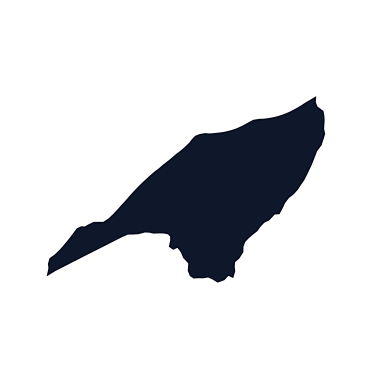 outline of Marataízes, Espírito Santo, Brazil, rotated 209°
{"feature_id": "56859067B39153439684359", "entity_name": "Marataízes", "entity_type": "district", "adm_level": 2, "iso_a3": "BRA", "parent_name": "Brazil", "parent_adm1": "Espírito Santo", "projection": "robinson", "projection_center": [-40.886, -21.093], "detail": "fine", "context": "isolated", "style": "filled", "palette": "ink", "viewbox_px": 384, "rotation_deg": 209, "n_neighbors": 0, "source": "geoboundaries", "source_scale": "gbopen_adm2", "svg_char_len": 1753}
<svg xmlns="http://www.w3.org/2000/svg" viewBox="0 0 384 384"><g transform="rotate(209 192 192)"><path d="M105.5,215.4L105.6,222.0L106.0,227.5L105.0,234.1L102.7,239.3L101.3,245.5L100.9,250.8L100.3,256.6L100.5,262.8L100.9,269.2L101.1,273.5L103.1,288.3L102.1,295.8L104.3,306.8L107.9,311.2L111.4,318.6L113.8,322.4L116.7,325.9L124.2,326.9L128.0,330.3L129.9,334.4L132.8,329.4L135.5,324.9L137.6,320.9L139.8,317.0L142.2,313.2L144.9,309.1L148.1,305.0L152.6,300.0L156.2,296.6L160.5,293.1L164.6,290.1L168.0,288.1L172.8,284.4L175.9,279.6L179.5,273.9L183.4,268.7L186.8,264.9L190.5,261.4L193.9,258.5L197.4,256.0L201.0,253.5L204.5,251.1L208.7,249.2L212.7,246.0L215.8,242.3L217.0,237.7L217.6,233.4L219.4,227.7L221.3,222.4L223.3,218.1L224.8,214.1L227.0,208.3L229.8,201.9L231.6,196.8L233.9,191.7L236.1,185.7L237.7,180.9L239.3,176.1L241.2,169.6L242.8,163.4L244.2,157.2L245.4,151.5L246.8,145.9L248.0,140.4L249.5,134.5L251.5,128.1L254.5,122.4L258.5,120.1L263.0,117.6L266.3,113.0L268.5,109.3L271.8,107.7L274.5,103.9L275.2,98.0L276.2,91.3L277.4,84.7L278.8,77.9L280.9,70.9L283.7,64.9L282.5,59.7L279.9,56.0L278.0,49.6L273.7,57.2L264.9,70.3L259.8,77.9L256.1,83.4L245.4,99.1L237.9,110.2L232.5,118.2L228.0,124.2L223.5,126.8L218.9,129.7L214.0,134.4L209.7,136.5L205.9,137.6L201.6,140.2L196.8,142.8L192.5,144.1L189.0,143.1L186.8,139.2L185.2,133.6L180.8,133.1L177.9,137.1L171.9,134.4L167.4,130.8L160.1,128.4L156.9,121.5L152.8,118.2L148.7,117.9L145.5,120.1L140.8,122.6L136.8,125.8L132.3,126.2L125.9,126.0L121.6,131.0L120.1,137.1L115.1,137.4L116.5,143.4L119.3,147.4L121.1,151.5L119.1,157.0L118.7,164.2L121.2,168.9L122.0,174.1L120.7,179.2L118.8,184.4L116.5,189.8L116.1,194.6L114.5,200.6L111.4,204.9L109.4,212.9L105.5,215.4Z" fill="#0f172a" stroke="#020617" stroke-width="1.5"/></g></svg>